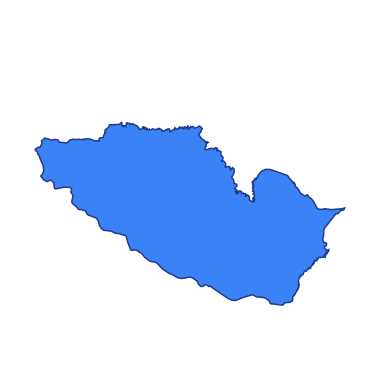 Na Chaluai, Ubon Ratchathani, Thailand, rotated 131°
{"feature_id": "78962969B92270071826227", "entity_name": "Na Chaluai", "entity_type": "district", "adm_level": 2, "iso_a3": "THA", "parent_name": "Thailand", "parent_adm1": "Ubon Ratchathani", "projection": "albers", "projection_center": [105.182, 14.552], "detail": "fine", "context": "isolated", "style": "filled", "palette": "blue", "viewbox_px": 384, "rotation_deg": 131, "n_neighbors": 0, "source": "geoboundaries", "source_scale": "gbopen_adm2", "svg_char_len": 6050}
<svg xmlns="http://www.w3.org/2000/svg" viewBox="0 0 384 384"><g transform="rotate(131 192 192)"><path d="M224.8,59.5L218.3,49.9L217.2,49.1L214.9,49.4L211.3,46.0L208.5,44.7L206.6,45.7L206.7,46.3L204.4,47.4L203.4,47.0L201.3,47.2L200.9,47.6L198.4,47.7L197.9,48.4L195.6,48.1L195.4,48.8L193.9,48.9L193.5,49.6L192.4,49.8L192.5,50.4L191.8,50.4L192.0,50.9L190.4,51.9L189.0,53.6L187.6,54.4L186.1,54.4L185.6,55.2L183.6,54.5L183.4,55.2L181.2,54.0L179.8,54.9L177.8,55.0L177.0,54.2L176.4,54.2L176.4,53.8L175.8,54.2L174.3,54.0L173.6,53.3L172.8,53.2L172.5,53.8L171.8,52.8L171.6,53.2L171.0,52.9L170.5,53.3L168.0,53.2L167.6,53.7L167.1,53.0L166.5,53.9L165.6,53.1L164.4,54.2L163.7,53.8L163.4,54.6L162.1,52.8L161.2,53.6L160.8,53.0L160.2,53.0L159.8,53.8L159.4,53.2L158.7,53.5L157.4,52.8L157.3,51.9L156.1,51.4L155.3,50.2L154.4,49.9L153.4,50.2L154.1,49.2L153.9,48.7L152.8,50.1L152.7,49.4L152.4,49.3L151.9,49.9L152.2,50.4L151.6,50.2L151.1,50.5L150.4,50.0L150.2,50.9L149.7,51.1L149.7,50.4L148.7,50.7L148.4,50.6L148.6,50.0L147.9,50.4L147.1,50.1L145.7,51.0L147.3,51.6L147.3,55.0L146.4,56.2L144.4,55.5L142.6,56.5L142.5,57.6L143.5,59.6L142.5,61.6L141.5,62.6L137.7,64.7L134.9,67.2L132.7,68.2L114.9,69.1L113.6,68.7L112.5,67.7L108.5,67.5L106.1,65.7L103.9,66.2L106.8,68.4L113.9,75.3L117.4,80.7L120.1,82.8L122.4,86.1L119.2,94.8L118.7,98.0L119.1,100.6L118.4,103.0L118.8,103.4L119.7,103.3L120.8,104.2L121.8,109.0L120.3,113.3L119.7,116.2L120.0,116.7L119.8,118.3L119.3,118.9L118.7,118.9L117.8,121.5L119.0,121.6L118.0,124.4L117.9,126.9L116.9,130.7L123.5,147.4L126.6,151.3L130.8,153.2L135.4,153.2L138.3,152.3L138.7,152.6L139.7,152.2L140.0,152.7L140.5,152.2L140.8,152.7L141.7,152.7L141.6,153.1L142.5,152.6L143.3,153.1L143.5,152.8L143.2,152.3L144.4,152.4L144.6,153.0L145.5,152.6L145.5,151.7L146.3,151.5L146.3,150.5L146.8,150.6L147.1,150.2L147.0,149.3L147.3,149.1L147.9,149.4L148.1,148.9L149.1,149.1L149.2,148.4L150.3,147.7L150.1,147.3L150.8,147.1L150.8,146.0L151.3,146.2L151.1,145.7L151.6,145.3L152.9,144.8L152.5,144.4L153.5,144.0L153.2,143.5L153.8,142.3L155.6,142.0L155.6,141.5L157.0,142.0L157.4,141.1L156.3,140.7L156.1,140.0L157.4,140.4L157.5,139.8L158.4,140.1L158.3,138.8L158.7,138.8L160.1,141.0L160.3,143.4L158.1,145.5L157.6,146.8L158.0,148.6L160.0,148.8L158.2,150.4L159.1,151.5L159.0,152.6L160.0,152.8L160.4,153.4L160.1,154.3L159.2,154.8L159.7,156.6L160.8,157.0L163.1,156.3L164.3,157.3L163.3,158.1L163.5,159.3L163.0,159.7L162.6,159.4L162.5,157.6L161.8,157.4L161.2,158.0L161.3,162.2L158.1,162.0L157.1,162.7L156.9,163.4L157.7,165.9L155.5,168.7L155.1,170.8L154.4,171.9L151.1,172.4L148.4,173.9L147.0,175.5L147.1,177.5L148.2,177.1L150.2,177.5L149.0,178.4L148.4,179.6L148.4,180.8L148.7,181.3L149.6,181.5L150.1,182.6L151.1,182.9L151.3,183.5L148.8,184.8L148.2,185.7L147.9,188.5L149.0,189.3L149.1,190.1L147.3,190.2L145.9,190.9L145.4,191.6L145.0,194.5L142.6,196.5L142.9,198.4L144.6,200.4L144.4,200.8L142.9,200.6L142.6,202.4L143.2,203.4L145.4,203.6L145.4,204.9L146.7,206.4L151.2,209.4L151.4,210.2L150.6,210.8L147.6,211.6L146.8,213.0L144.0,212.3L144.2,213.8L145.3,214.1L145.5,214.6L145.1,216.3L145.4,220.3L144.4,223.9L143.8,224.7L141.1,224.7L138.7,225.7L137.5,225.7L137.1,228.1L137.4,229.8L140.1,230.6L141.9,231.7L142.2,232.4L141.6,233.9L143.5,235.0L143.4,235.7L144.4,235.3L145.3,236.0L145.9,235.5L146.8,236.0L145.1,237.2L145.1,238.3L145.6,237.9L147.8,238.3L147.2,239.3L147.8,240.5L149.3,240.2L149.3,239.6L150.0,239.8L150.0,240.5L149.6,240.8L150.1,241.3L149.6,242.0L151.3,242.6L151.4,243.2L150.8,243.1L151.1,244.1L153.0,243.6L153.5,244.6L154.5,244.5L155.0,244.9L155.3,245.6L154.8,246.1L154.7,247.1L157.0,246.4L157.8,247.1L160.8,248.1L159.7,249.3L159.4,251.0L160.9,251.9L161.7,251.4L162.1,252.5L164.2,252.8L164.7,254.1L165.7,254.5L164.8,256.0L165.6,257.2L165.3,257.9L165.6,258.6L166.0,258.9L166.7,258.5L167.2,259.7L169.1,260.3L169.3,261.6L170.3,263.3L172.5,263.8L172.8,264.6L172.5,265.5L174.1,266.1L173.5,268.2L174.0,268.5L173.8,267.4L174.5,267.2L174.6,268.7L175.1,268.7L175.7,269.7L175.3,270.2L174.2,270.0L174.5,271.2L175.2,271.8L176.9,271.2L178.9,272.1L178.9,274.3L178.2,274.9L178.5,275.8L178.1,276.4L178.9,279.5L179.3,279.8L179.3,281.6L180.0,281.7L180.6,282.6L181.7,282.8L181.0,284.0L182.0,284.9L182.1,286.1L183.2,286.8L184.1,285.5L185.5,285.7L185.9,285.2L186.0,286.2L187.3,286.4L186.9,287.3L187.4,287.7L187.9,287.4L188.0,288.6L185.7,290.3L185.7,290.8L188.7,291.2L195.4,298.3L197.8,297.4L200.3,297.7L201.6,298.4L201.9,297.8L203.3,297.7L204.1,297.1L204.1,296.1L205.0,296.3L206.2,295.8L206.9,296.0L209.1,294.7L211.5,296.8L212.5,297.1L213.3,296.6L214.0,295.6L215.0,295.8L215.0,296.8L217.6,299.2L218.3,302.4L220.4,305.9L221.7,307.3L223.6,307.9L223.6,309.0L225.2,309.7L226.3,311.8L229.1,314.6L229.6,315.9L233.5,318.5L235.1,318.2L238.0,319.3L238.7,321.1L241.4,324.6L240.6,327.2L242.4,330.2L244.3,331.2L245.3,332.6L246.4,335.9L247.5,337.1L247.9,338.7L249.7,338.5L251.9,339.3L254.0,336.9L257.7,336.2L258.1,336.2L259.3,337.6L260.4,337.5L262.2,338.5L263.3,337.7L263.3,334.7L264.6,333.2L264.7,331.3L265.8,330.0L269.8,321.5L273.0,318.1L274.4,317.3L277.6,316.5L279.3,316.7L280.1,311.7L279.2,308.1L276.4,307.0L275.5,305.6L275.8,302.4L278.8,299.0L279.3,298.0L279.2,297.0L272.4,291.7L268.2,286.6L269.0,284.5L271.6,283.4L272.3,280.6L273.3,279.0L277.7,276.8L278.7,275.7L279.1,274.4L279.0,269.3L279.6,266.2L277.5,263.4L276.9,261.4L275.9,260.5L277.3,257.2L277.5,255.3L274.4,247.0L275.2,244.0L278.1,239.7L278.9,237.1L279.0,233.9L274.6,227.4L273.6,223.3L271.1,219.3L268.6,213.6L268.8,212.3L272.8,206.4L276.0,200.1L275.7,199.5L275.0,199.4L274.9,198.6L274.0,198.0L273.8,197.3L272.6,196.8L272.2,194.4L271.6,193.7L272.2,192.4L271.6,191.4L271.4,188.9L272.3,185.4L272.0,180.0L271.4,177.3L269.4,174.3L268.6,172.1L269.4,163.2L268.5,156.1L267.1,152.2L266.2,146.8L264.2,143.2L262.1,141.2L258.1,138.5L256.4,135.3L255.9,129.7L257.4,126.3L257.5,124.2L257.3,123.1L256.3,122.0L253.2,121.2L252.5,119.8L252.3,117.3L250.8,116.0L251.0,114.5L248.8,95.5L247.5,91.0L245.8,88.4L242.6,86.4L238.2,84.4L229.8,78.9L228.7,74.3L224.6,68.5L223.8,66.4L223.5,61.9L224.6,60.7L224.8,59.5Z" fill="#3b82f6" stroke="#1e3a8a" stroke-width="1.5"/></g></svg>